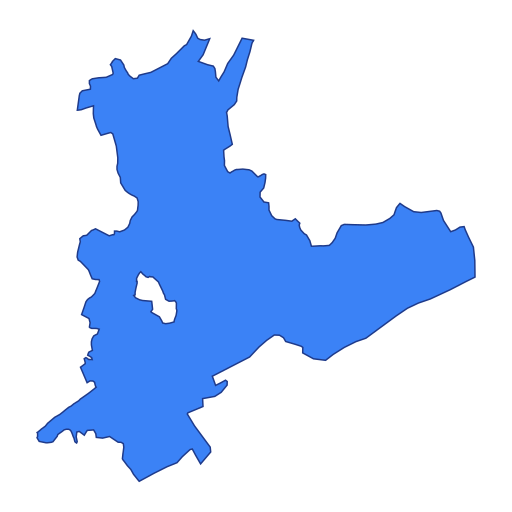 outline of Faqus, Ash Sharqiyah, Egypt
{"feature_id": "37247803B31970739059734", "entity_name": "Faqus", "entity_type": "district", "adm_level": 2, "iso_a3": "EGY", "parent_name": "Egypt", "parent_adm1": "Ash Sharqiyah", "projection": "natural_earth1", "projection_center": [31.817, 30.749], "detail": "fine", "context": "isolated", "style": "filled", "palette": "blue", "viewbox_px": 512, "rotation_deg": 0, "n_neighbors": 0, "source": "geoboundaries", "source_scale": "gbopen_adm2", "svg_char_len": 5845}
<svg xmlns="http://www.w3.org/2000/svg" viewBox="0 0 512 512"><path d="M53.6,440.9L57.2,436.3L57.8,434.5L61.9,431.6L63.2,430.6L64.2,429.8L66.5,429.2L68.8,429.3L70.0,429.9L71.1,431.2L72.2,433.7L73.3,436.8L73.9,437.9L74.4,439.8L74.9,441.7L75.5,442.3L76.6,443.0L77.2,441.7L76.2,436.8L76.8,432.0L78.1,431.7L79.2,431.4L82.2,433.6L84.3,435.2L84.7,434.5L86.5,431.5L87.3,430.4L88.3,430.3L90.2,430.2L93.6,429.9L94.5,431.4L95.8,433.7L96.3,437.4L102.6,438.1L109.6,436.5L113.9,439.4L118.1,442.2L121.0,442.3L123.3,443.6L123.8,447.2L123.2,452.1L123.0,453.3L122.4,458.8L123.1,460.0L123.5,460.5L124.6,461.9L127.4,465.7L130.8,469.4L133.6,474.4L134.1,475.0L138.1,480.0L139.2,481.3L154.3,473.1L167.1,466.7L177.0,462.7L182.3,456.7L190.0,449.6L190.7,449.4L192.3,449.0L195.6,455.2L200.6,463.9L210.7,452.0L210.2,447.1L194.5,425.9L187.3,414.0L187.9,412.8L203.0,406.5L202.6,398.6L214.8,396.4L221.2,392.3L227.1,385.1L227.2,381.5L225.5,380.2L220.2,383.1L215.6,385.4L212.3,376.2L249.6,357.0L259.1,346.9L266.7,340.3L274.3,335.0L279.5,335.2L283.5,337.7L285.7,341.5L294.9,344.2L301.1,346.2L302.8,347.4L302.7,352.9L313.5,358.8L325.6,360.3L333.2,354.4L344.3,347.4L356.0,341.6L365.9,338.2L377.0,330.0L396.3,315.8L407.5,308.2L414.3,305.0L415.1,304.6L418.5,303.0L430.2,299.0L450.0,289.8L465.7,281.7L475.0,277.1L474.8,260.6L473.4,247.1L468.5,237.1L465.2,229.7L464.1,226.6L460.0,227.1L455.4,230.0L450.7,231.7L443.5,220.5L440.9,213.0L439.6,211.2L436.8,210.5L421.2,212.5L413.7,211.7L404.6,206.6L400.0,203.4L399.2,204.3L396.5,207.6L395.2,211.2L394.0,214.8L389.9,218.4L382.9,222.5L375.9,224.1L367.2,224.9L365.5,225.0L360.9,224.9L357.5,224.8L352.8,224.7L347.7,224.5L344.2,224.4L342.8,225.0L341.3,225.6L337.1,232.8L335.2,238.3L334.0,240.0L332.3,242.5L329.3,245.4L323.5,245.9L320.1,245.8L313.2,246.2L311.4,246.2L309.8,240.6L308.7,238.8L306.5,235.0L304.2,233.7L300.8,230.0L299.7,227.5L299.2,225.0L299.8,223.2L297.6,221.1L295.3,218.8L291.8,221.2L286.0,220.4L276.8,219.5L275.1,218.9L271.7,215.7L269.0,210.1L269.0,206.5L268.6,202.8L264.5,202.1L264.0,202.1L260.0,197.0L260.1,192.8L260.1,192.2L263.7,188.0L265.0,182.5L265.6,178.2L265.7,174.6L265.0,174.3L264.0,173.9L262.3,174.5L260.5,175.7L259.3,176.2L258.7,176.8L257.6,176.8L251.9,171.1L249.1,169.8L242.8,169.1L237.6,169.5L236.4,169.5L234.7,170.1L232.9,171.2L231.7,171.8L230.0,173.0L227.7,171.7L224.4,165.5L224.5,160.6L224.0,156.9L223.6,150.2L225.3,149.0L230.0,146.1L232.3,144.3L231.1,139.1L230.2,135.1L228.1,126.5L227.2,116.0L226.5,112.2L226.9,111.9L227.9,109.9L234.3,104.6L236.7,101.0L236.8,97.3L238.1,89.4L240.0,83.4L241.9,77.3L245.6,67.0L247.4,59.7L249.9,51.8L251.8,43.9L252.4,42.2L253.0,41.5L253.6,40.3L242.1,38.2L235.5,51.5L233.7,55.1L227.7,63.5L224.1,71.9L221.1,76.7L218.7,80.9L215.9,77.2L215.4,71.7L215.0,69.3L214.9,68.6L213.3,66.1L207.5,64.7L198.3,61.4L203.1,54.8L208.3,42.2L209.7,38.7L204.6,40.2L200.0,39.5L197.7,38.2L196.0,34.5L195.3,33.4L193.2,30.7L191.4,36.2L186.6,44.6L184.3,45.8L176.4,53.7L173.5,56.3L171.3,58.3L167.7,63.7L154.7,70.4L150.8,72.4L145.6,73.6L142.7,74.3L140.4,74.9L139.2,75.2L137.4,78.2L133.3,78.7L131.9,77.6L129.9,76.1L128.2,74.3L127.7,73.0L126.0,70.5L124.3,67.4L123.8,65.0L120.5,60.0L115.3,58.6L112.3,61.6L112.3,62.2L111.7,62.8L111.3,63.5L110.4,64.7L111.7,66.5L113.2,73.2L112.6,74.5L106.2,77.3L98.7,77.8L96.7,78.1L92.3,78.8L91.2,79.4L89.4,80.6L89.4,83.6L90.5,86.1L90.4,89.2L82.3,90.8L79.9,93.2L79.3,95.6L77.3,110.2L78.5,110.1L81.3,109.7L86.0,108.0L92.1,106.2L93.5,105.8L93.3,113.7L93.8,118.0L96.0,124.8L96.5,126.6L97.6,129.1L101.0,135.3L108.5,133.1L110.8,132.5L112.8,133.9L116.3,146.1L117.8,157.8L117.7,163.3L117.0,166.3L117.0,169.4L118.1,173.1L120.3,177.4L120.7,182.9L125.2,190.4L127.5,192.3L129.2,193.5L131.4,194.8L132.9,195.5L134.3,196.1L137.1,198.0L138.2,201.7L138.1,205.4L137.8,207.6L137.5,210.3L136.9,211.5L134.5,214.5L132.1,216.9L130.3,220.5L129.7,223.5L127.9,227.2L124.9,229.7L124.3,230.1L121.0,231.3L119.7,231.8L116.8,231.1L114.5,231.1L114.5,233.5L113.9,234.7L112.7,234.7L109.2,235.8L95.5,228.8L93.2,229.9L91.5,230.5L86.7,235.3L83.3,235.8L82.6,236.3L79.8,238.7L80.3,241.8L79.6,244.2L77.8,251.5L77.6,252.5L77.3,255.2L77.1,257.0L78.2,260.1L80.4,261.4L88.3,269.6L88.9,270.8L89.4,272.0L90.6,275.1L92.2,278.8L95.6,279.5L99.1,279.6L99.6,281.5L96.3,289.8L95.9,290.6L95.3,292.3L94.7,293.6L93.0,295.4L91.5,296.9L90.5,297.5L90.0,297.7L88.3,298.9L87.1,300.1L85.9,301.9L84.3,306.8L81.6,314.6L83.3,315.5L89.0,318.5L90.1,322.8L89.4,327.1L90.0,327.7L91.7,328.4L95.2,328.4L96.9,328.5L99.2,329.2L98.7,330.5L97.4,334.0L95.0,335.2L93.9,335.8L93.6,336.1L92.1,338.8L91.4,341.8L91.4,343.0L91.4,344.9L92.4,350.4L88.9,352.1L88.3,353.3L87.7,355.2L88.8,355.8L90.0,356.4L91.7,357.7L91.8,358.2L92.2,359.6L91.1,359.5L88.7,359.5L87.0,358.2L85.9,357.6L84.2,358.7L85.2,362.4L85.2,363.7L82.7,365.6L80.5,367.2L87.1,382.7L90.0,380.9L92.9,381.0L94.1,381.9L94.6,382.3L95.1,384.7L95.7,386.6L96.2,387.2L90.0,392.2L88.0,393.7L81.3,398.4L80.4,399.0L78.7,400.8L74.0,403.7L71.1,406.1L68.7,407.3L65.8,409.6L62.8,412.1L59.9,414.4L54.7,417.3L47.6,423.3L45.3,426.2L41.2,429.2L40.6,429.8L37.7,432.2L37.1,432.5L37.6,433.4L37.6,436.5L37.0,437.7L39.2,441.4L46.1,442.8L47.2,442.8L51.3,442.3L53.0,441.7L53.6,440.9ZM145.9,276.7L148.1,277.4L149.8,276.4L150.5,276.8L152.8,276.9L158.4,281.9L159.5,284.4L162.8,291.2L163.4,293.1L164.5,294.9L165.6,299.3L167.7,300.5L169.0,301.2L171.2,301.1L173.3,300.9L174.6,300.6L176.1,302.3L176.4,303.2L176.3,308.7L176.8,310.0L176.8,311.2L176.1,315.4L174.9,318.5L174.3,320.3L174.1,321.9L169.6,323.2L165.6,323.7L162.7,323.0L161.6,320.6L159.4,316.8L151.9,312.6L151.4,312.3L150.9,311.7L152.6,309.3L151.9,302.9L151.7,301.3L142.5,300.5L139.6,299.8L135.6,297.8L133.7,295.4L135.1,294.9L135.1,294.2L135.1,292.3L135.8,288.7L136.1,287.3L137.1,283.2L137.1,282.0L137.1,281.4L136.5,281.4L136.6,280.0L136.6,278.3L138.4,274.7L139.6,272.9L140.8,271.7L143.0,274.2L144.7,275.5L145.9,276.7Z" fill="#3b82f6" stroke="#1e3a8a" stroke-width="1.5"/></svg>